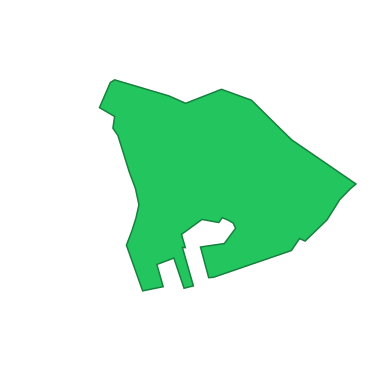 Dong-gu [East District], Busan, South Korea, rotated 35°
{"feature_id": "91817680B24548286345957", "entity_name": "Dong-gu [East District]", "entity_type": "district", "adm_level": 2, "iso_a3": "KOR", "parent_name": "South Korea", "parent_adm1": "Busan", "projection": "albers", "projection_center": [129.049, 35.126], "detail": "fine", "context": "isolated", "style": "filled", "palette": "green", "viewbox_px": 384, "rotation_deg": 35, "n_neighbors": 0, "source": "geoboundaries", "source_scale": "gbopen_adm2", "svg_char_len": 697}
<svg xmlns="http://www.w3.org/2000/svg" viewBox="0 0 384 384"><g transform="rotate(35 192 192)"><path d="M321.7,91.4L243.8,92.1L229.6,89.8L188.1,82.7L157.2,91.0L135.9,123.0L118.1,126.5L64.3,144.5L62.3,149.1L67.8,176.0L85.3,174.5L90.6,185.1L98.9,188.2L129.3,211.7L143.7,221.6L155.9,233.0L161.2,245.9L165.0,258.1L168.8,273.2L208.3,301.3L222.7,286.1L204.8,271.5L215.0,256.5L240.7,275.4L247.0,268.1L215.9,242.9L218.4,241.4L207.7,232.7L215.9,208.8L231.5,201.6L231.5,195.7L237.8,194.3L243.6,193.8L248.5,196.7L248.0,215.7L230.5,232.2L254.8,252.6L258.4,249.7L307.0,182.9L306.8,168.5L312.8,167.3L318.6,137.2L317.4,113.5L319.7,99.3L321.7,91.4Z" fill="#22c55e" stroke="#15803d" stroke-width="1.5"/></g></svg>